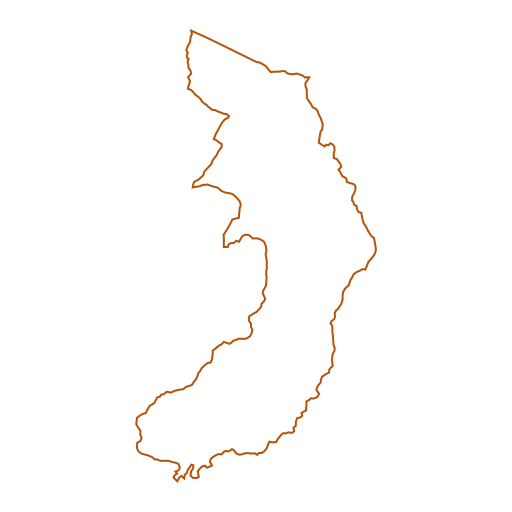 Guararapes, São Paulo, Brazil
{"feature_id": "56859067B37687958738516", "entity_name": "Guararapes", "entity_type": "district", "adm_level": 2, "iso_a3": "BRA", "parent_name": "Brazil", "parent_adm1": "São Paulo", "projection": "albers", "projection_center": [-50.711, -21.275], "detail": "fine", "context": "isolated", "style": "outline", "palette": "amber", "viewbox_px": 512, "rotation_deg": 0, "n_neighbors": 0, "source": "geoboundaries", "source_scale": "gbopen_adm2", "svg_char_len": 5326}
<svg xmlns="http://www.w3.org/2000/svg" viewBox="0 0 512 512"><path d="M191.2,30.7L191.9,34.3L190.5,37.3L190.4,40.0L189.7,43.0L187.9,45.8L186.3,50.2L187.8,53.0L186.8,55.0L186.9,57.5L188.6,58.9L187.5,61.5L188.2,64.4L188.6,68.1L190.5,70.6L191.1,73.7L189.6,75.4L188.1,77.1L190.0,81.0L189.2,84.3L188.3,86.4L187.9,88.8L190.6,89.7L193.0,91.7L195.1,94.6L197.8,96.5L200.3,98.7L202.1,101.6L204.3,103.6L206.4,104.7L208.3,106.9L210.0,108.1L212.2,109.8L215.0,110.1L218.3,111.7L221.4,112.7L223.4,113.6L226.6,114.2L229.1,116.1L227.8,118.0L224.9,119.3L222.2,122.5L216.8,132.1L215.4,134.9L213.8,139.2L216.5,140.3L218.5,142.0L221.8,144.1L221.5,147.3L219.7,149.5L218.1,151.9L217.1,154.2L215.8,156.3L214.0,158.5L212.6,160.4L211.2,164.3L207.0,168.6L204.5,171.4L203.3,175.2L201.7,176.7L199.8,178.5L197.9,179.9L194.0,182.0L193.2,184.9L192.7,187.4L199.3,186.3L202.7,185.0L205.1,184.8L207.3,184.5L209.8,185.4L212.5,186.3L216.7,187.3L218.7,188.4L221.4,191.0L225.1,192.5L227.5,193.0L229.9,193.3L232.2,193.9L234.5,195.6L236.7,197.7L238.3,199.6L239.8,201.5L240.8,204.9L239.7,208.3L238.8,217.9L235.3,218.6L232.4,219.4L230.8,222.7L228.6,226.8L225.1,232.5L223.6,234.8L223.9,239.7L223.8,247.1L227.9,246.9L228.7,244.4L231.2,243.0L233.5,243.2L236.4,240.8L239.0,241.8L242.2,236.3L244.9,234.8L248.2,234.8L250.5,236.2L252.7,238.5L256.7,238.3L258.8,238.8L261.2,239.8L264.0,241.7L265.9,246.3L266.4,250.9L265.6,254.2L266.1,256.7L266.8,261.1L266.7,264.9L266.8,268.2L266.2,271.5L266.1,274.1L266.6,276.6L266.4,281.4L265.9,285.9L263.1,290.8L262.7,293.2L265.2,298.8L263.9,301.5L261.5,303.8L261.2,306.7L259.3,309.1L256.5,312.0L253.1,313.8L249.2,316.4L248.8,320.5L251.0,323.7L251.0,326.8L252.4,330.0L251.6,333.3L250.1,336.1L248.4,337.4L246.1,338.7L242.7,338.9L239.4,338.6L236.2,339.8L233.5,340.6L231.5,342.5L229.6,343.8L226.8,343.0L223.9,341.9L221.4,344.4L218.6,345.8L216.2,348.0L212.7,350.6L212.7,353.8L212.3,356.4L212.1,359.1L210.5,362.7L208.1,362.8L205.0,364.9L201.8,368.1L200.0,371.2L198.3,373.1L197.5,375.9L195.9,379.4L193.7,381.9L191.9,385.0L185.8,387.0L183.3,389.2L179.5,389.7L175.2,390.6L170.8,392.6L166.9,391.7L165.1,393.2L163.2,394.4L161.1,394.6L159.8,396.8L157.2,397.4L155.5,400.7L154.3,403.0L152.3,404.3L149.9,405.7L148.6,407.5L147.2,410.1L145.7,413.2L142.6,413.9L139.8,415.7L137.0,417.8L136.6,421.2L136.2,424.1L138.2,427.6L140.4,430.8L140.3,434.7L141.6,437.7L140.4,441.0L137.2,442.9L136.9,447.2L137.7,450.1L139.3,452.1L142.0,453.8L144.8,454.5L148.1,455.4L152.5,457.3L154.8,459.6L156.8,459.2L158.7,460.1L160.9,460.9L164.2,460.8L168.7,460.8L171.9,462.0L175.2,462.6L178.3,463.8L179.7,467.0L179.4,469.4L177.6,470.9L175.4,471.6L177.2,473.6L175.1,474.9L173.5,477.3L175.1,479.2L177.4,481.3L179.1,477.8L181.4,475.9L184.2,478.5L184.7,474.8L186.7,473.1L187.7,469.9L189.7,467.3L191.3,464.6L193.4,465.3L193.2,468.2L191.1,471.4L190.5,475.6L192.7,477.8L196.5,478.1L198.7,477.1L198.3,474.1L197.8,471.4L199.5,469.0L201.8,466.6L204.9,465.6L206.8,467.7L208.8,467.0L212.0,465.7L210.0,461.7L210.7,459.0L213.1,456.9L216.3,455.0L218.6,454.1L221.6,454.4L224.1,451.7L226.1,450.8L228.2,451.5L230.2,450.5L232.0,449.1L234.0,450.4L236.4,453.6L239.4,454.7L242.0,454.3L245.0,453.2L248.1,453.1L251.6,453.6L255.2,453.3L257.2,454.9L258.8,453.0L261.7,453.0L264.4,451.2L266.9,447.9L268.1,444.3L269.5,441.6L272.5,442.4L276.3,442.0L277.5,439.4L279.4,437.0L281.3,434.7L282.9,433.3L285.3,433.4L288.3,432.4L292.1,432.9L294.2,431.1L293.4,427.8L295.8,425.8L295.9,421.6L297.2,418.0L300.5,417.4L302.3,415.7L301.5,413.2L303.3,411.9L306.3,410.3L306.0,407.7L306.5,405.4L306.4,401.4L309.2,400.0L310.9,398.3L313.2,398.6L315.6,397.9L317.7,396.6L319.1,393.6L317.6,391.8L316.4,389.8L317.3,386.7L319.1,384.4L320.7,382.3L321.0,379.5L322.0,376.8L324.7,374.9L326.7,373.7L329.0,372.6L329.3,369.5L330.8,367.7L332.7,366.0L332.3,363.3L332.0,359.5L332.4,355.9L332.9,353.4L334.4,351.1L334.7,347.9L333.5,344.6L333.2,340.7L332.9,336.1L332.4,332.0L332.4,328.6L332.1,325.7L330.5,323.4L331.7,321.0L334.2,319.1L335.0,316.9L334.7,313.0L336.3,310.1L338.4,308.6L339.5,306.5L341.0,304.3L341.9,302.1L342.6,299.7L342.6,296.1L343.1,292.1L344.9,288.8L346.5,287.1L348.7,285.4L349.6,282.7L350.5,279.9L352.1,277.4L353.8,274.0L357.1,271.8L360.3,270.5L362.4,269.1L365.3,269.6L366.3,267.3L367.3,264.7L368.4,261.9L372.4,257.4L374.6,254.1L375.7,251.3L375.8,248.2L374.9,243.0L374.0,238.0L371.4,236.1L370.0,234.1L368.4,231.4L367.3,229.3L366.2,227.0L363.6,223.0L362.5,219.4L361.9,216.4L361.3,212.8L358.3,211.8L356.8,208.7L356.7,206.2L354.1,204.8L353.5,202.4L352.0,200.1L352.2,196.8L354.5,192.4L355.6,188.7L355.3,185.8L353.6,184.1L349.9,183.1L346.7,181.8L346.5,178.8L344.7,177.3L342.7,176.5L341.4,174.5L339.9,171.4L338.5,169.7L341.2,166.9L340.2,163.5L336.7,159.0L333.8,158.1L333.7,153.8L334.6,150.5L334.3,146.5L332.8,144.5L330.2,143.3L328.3,145.3L325.9,144.8L324.6,146.5L321.4,144.5L318.8,142.7L319.4,138.4L319.9,134.9L320.7,131.3L322.2,129.5L322.7,124.8L322.3,122.6L321.3,120.0L320.4,117.5L318.9,114.9L317.8,111.4L315.9,108.9L312.5,107.2L311.3,104.5L308.8,101.2L306.9,97.9L306.8,94.2L306.8,89.6L305.5,86.5L305.4,83.2L307.4,80.4L309.3,77.4L307.3,77.1L305.2,77.7L303.0,75.7L299.8,74.5L296.6,73.5L293.9,74.1L290.7,74.2L287.2,73.3L285.6,71.6L283.3,70.9L281.0,71.4L278.3,71.7L274.7,71.7L270.8,72.1L268.5,69.6L267.0,67.5L265.5,65.8L263.3,64.6L259.9,62.6L256.4,62.0L224.1,46.1L206.9,37.7L191.2,30.7Z" fill="none" stroke="#b45309" stroke-width="2"/></svg>